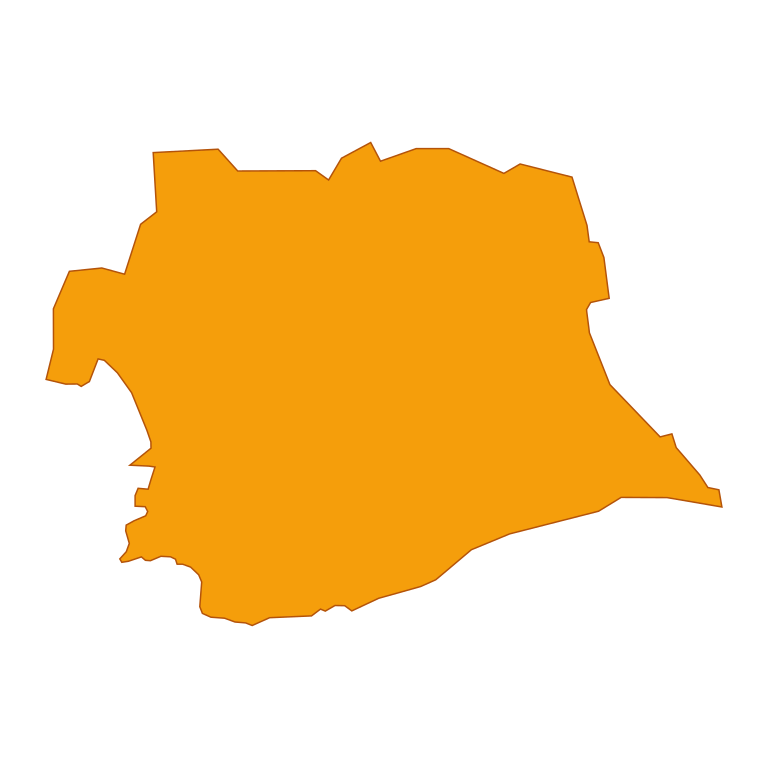 Kotayk, Kotayk, Armenia (Natural Earth projection)
{"feature_id": "60910142B27902732275271", "entity_name": "Kotayk", "entity_type": "district", "adm_level": 2, "iso_a3": "ARM", "parent_name": "Armenia", "parent_adm1": "Kotayk", "projection": "natural_earth1", "projection_center": [44.724, 40.239], "detail": "fine", "context": "isolated", "style": "filled", "palette": "amber", "viewbox_px": 768, "rotation_deg": 0, "n_neighbors": 0, "source": "geoboundaries", "source_scale": "gbopen_adm2", "svg_char_len": 1442}
<svg xmlns="http://www.w3.org/2000/svg" viewBox="0 0 768 768"><path d="M153.2,152.6L156.7,211.8L140.6,224.3L124.6,274.2L101.8,268.0L69.4,271.3L53.4,308.8L53.5,349.2L46.1,379.4L65.7,384.1L77.3,384.0L81.2,386.4L89.4,381.5L98.1,358.9L99.3,359.2L104.3,360.3L117.4,372.8L131.6,392.7L146.9,430.3L150.9,441.9L151.0,448.2L129.9,465.2L149.0,466.1L155.0,467.0L151.1,479.1L148.1,489.2L138.1,488.3L135.1,495.6L135.1,506.2L145.2,506.7L147.7,511.5L145.7,515.8L134.2,520.7L126.2,525.1L125.7,530.9L129.3,543.4L126.3,551.7L119.8,558.9L121.8,562.3L128.3,561.3L141.4,556.9L145.4,560.3L150.4,560.7L160.9,556.3L170.5,556.8L175.5,559.2L177.1,564.2L182.6,564.2L190.6,567.1L198.7,574.8L201.7,582.0L199.8,606.7L202.4,613.4L210.9,617.2L224.5,618.2L235.0,622.0L245.6,622.9L252.2,625.5L269.6,617.7L311.5,615.9L320.5,609.1L325.3,611.1L335.0,605.5L344.7,605.7L351.8,610.9L378.6,598.3L420.7,586.5L435.7,579.8L442.4,574.2L471.4,549.7L499.0,538.3L509.6,533.9L598.6,511.2L621.1,497.4L667.1,497.6L721.9,507.0L718.9,489.8L707.8,487.5L707.8,487.4L699.8,475.0L676.2,447.6L671.9,433.9L660.1,436.9L609.9,384.6L589.4,332.8L588.8,327.7L586.7,311.5L586.6,310.0L586.5,309.6L590.6,302.5L609.2,298.3L608.0,289.4L603.9,257.5L598.2,242.7L589.2,241.8L587.0,225.4L578.4,197.8L572.0,177.1L520.1,164.0L503.9,173.4L448.7,148.6L416.2,148.6L380.5,161.2L370.7,142.5L341.5,158.2L328.6,180.0L315.6,170.7L237.7,171.0L218.1,149.2L153.2,152.6Z" fill="#f59e0b" stroke="#b45309" stroke-width="1.5"/></svg>